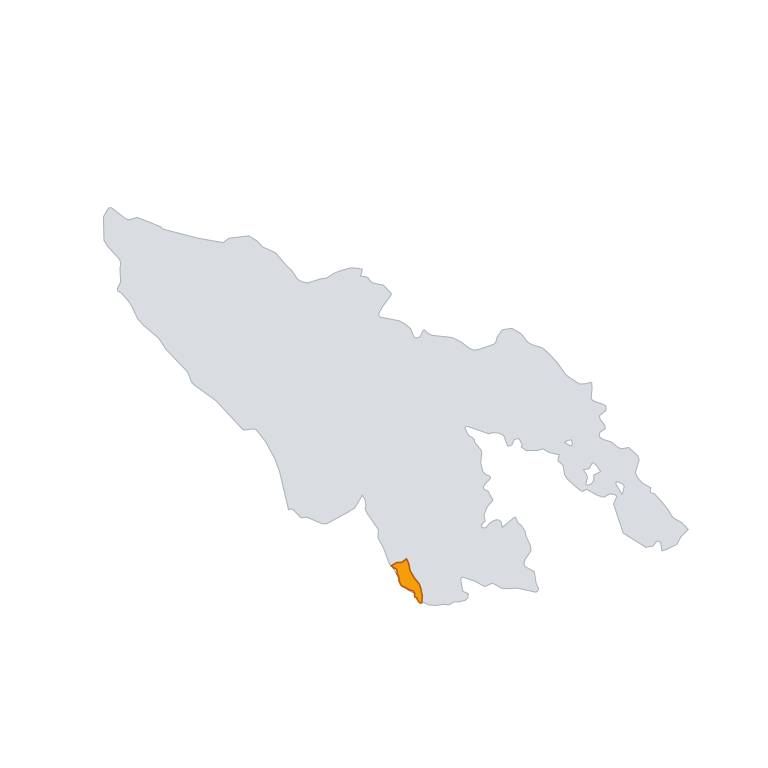 Manas, Talas, Kyrgyzstan shown in context, rotated 228°
{"feature_id": "92254566B74004899907305", "entity_name": "Manas", "entity_type": "district", "adm_level": 2, "iso_a3": "KGZ", "parent_name": "Kyrgyzstan", "parent_adm1": "Talas", "projection": "albers", "projection_center": [71.777, 42.691], "detail": "fine", "context": "in_parent", "style": "filled", "palette": "amber", "viewbox_px": 768, "rotation_deg": 228, "n_neighbors": 0, "source": "geoboundaries", "source_scale": "gbopen_adm2", "svg_char_len": 4627}
<svg xmlns="http://www.w3.org/2000/svg" viewBox="0 0 768 768"><g transform="rotate(228 384 384)"><path d="M171.0,460.1L173.0,458.9L179.0,457.7L191.3,456.6L195.5,457.5L203.9,462.6L210.3,462.0L211.5,462.7L214.0,467.0L222.9,460.7L229.3,458.9L232.6,452.6L239.5,445.1L245.5,443.8L245.6,445.0L246.7,446.1L252.8,447.8L254.6,445.8L255.5,443.1L253.4,438.8L253.3,437.0L255.2,434.3L264.9,438.3L267.0,438.2L271.4,435.9L275.4,431.8L276.8,428.6L296.3,417.9L297.7,416.0L297.4,414.7L289.1,412.4L285.4,413.8L282.0,413.8L279.9,412.4L269.9,411.9L267.7,410.8L261.0,403.4L252.8,398.8L248.8,399.1L244.1,401.0L242.6,400.2L242.2,393.1L241.2,388.9L238.4,387.9L234.8,389.6L224.8,387.3L223.6,378.4L219.8,370.6L214.5,367.5L214.3,362.8L212.5,360.8L210.9,361.3L208.9,363.7L209.9,368.9L209.1,374.1L207.9,376.7L205.6,378.6L203.0,378.7L198.4,376.0L197.7,391.8L196.8,392.7L191.4,390.5L187.0,391.4L180.5,390.4L175.7,387.7L166.2,384.7L161.7,381.8L159.1,371.2L156.5,367.4L154.1,366.6L144.0,370.1L133.7,363.5L128.6,362.0L127.3,360.0L127.6,357.6L143.4,346.2L149.7,338.2L153.6,334.8L163.5,331.3L165.8,323.9L166.6,323.1L176.6,319.6L187.8,313.2L188.0,311.4L186.9,309.8L177.0,303.8L171.9,306.5L168.9,303.0L168.9,299.5L172.3,293.4L175.2,290.4L176.4,284.6L180.4,280.7L184.6,274.6L189.7,269.5L199.0,265.8L204.1,267.0L209.0,266.2L216.5,263.1L221.1,262.8L240.5,267.5L246.9,267.7L262.0,273.7L273.8,276.6L279.6,282.4L298.6,284.8L303.8,286.4L305.7,289.2L311.2,292.7L315.8,293.5L311.5,279.4L312.9,271.0L318.4,248.0L321.5,244.5L336.6,237.6L340.0,232.8L351.0,232.5L353.2,231.6L354.4,228.9L389.0,247.9L402.1,253.0L420.2,257.4L435.3,258.5L437.9,257.2L443.5,249.0L446.3,248.6L483.8,248.0L510.4,242.3L514.2,242.3L524.5,246.1L556.2,245.2L568.8,247.2L588.4,244.6L596.8,244.5L612.2,248.9L617.5,249.7L627.4,249.7L631.0,248.5L633.3,249.6L636.0,256.5L646.1,264.7L649.9,269.2L653.6,270.9L671.3,270.7L678.1,272.0L696.0,287.4L699.1,297.1L697.6,299.3L680.4,302.4L676.6,304.2L673.1,312.0L650.6,323.1L647.1,323.3L617.2,343.0L596.6,359.1L596.2,366.0L584.6,382.7L575.2,385.3L567.0,385.5L553.9,391.2L536.6,390.7L530.8,391.4L519.4,389.9L514.9,391.4L510.3,394.8L504.3,407.8L501.8,410.9L500.7,413.8L500.0,420.0L497.8,426.5L492.7,436.7L488.1,441.5L483.7,444.6L479.9,438.8L474.2,443.2L468.6,442.7L465.3,444.1L457.9,449.7L446.5,450.0L445.2,448.3L442.3,434.1L440.0,427.4L438.3,425.9L436.3,425.9L420.5,437.8L413.1,440.1L406.9,440.7L398.6,437.6L396.9,438.5L395.6,440.4L395.1,442.7L397.7,449.0L397.1,450.3L393.4,450.3L388.3,452.0L373.1,465.7L363.3,469.5L354.1,471.1L348.7,473.6L345.7,478.6L340.0,492.4L340.3,495.3L342.9,498.9L345.0,507.1L344.6,509.2L339.8,516.2L333.5,518.4L328.6,519.5L319.0,518.8L314.2,520.3L305.2,525.7L297.8,526.8L283.8,527.1L270.0,525.3L265.5,526.0L253.3,529.2L249.2,534.0L247.0,538.5L245.8,539.1L240.9,535.1L234.6,528.1L231.6,528.2L220.6,534.0L219.0,533.8L215.9,531.6L216.3,522.7L212.7,520.9L205.3,520.4L202.7,518.4L203.6,512.7L202.7,510.5L200.8,508.9L196.9,509.3L189.1,514.0L180.0,515.6L176.8,517.2L173.2,523.3L161.0,524.5L157.1,523.1L149.9,511.4L143.6,509.6L137.2,509.9L128.4,512.8L126.4,510.2L124.1,509.5L122.0,511.5L111.4,511.6L100.5,511.1L94.3,509.6L90.3,509.5L82.2,512.5L72.4,512.8L71.7,502.0L68.9,494.6L72.2,482.7L74.0,478.9L81.2,483.6L83.8,482.9L84.5,480.6L83.6,475.2L87.3,469.4L113.1,462.0L141.2,474.3L144.8,481.9L147.3,481.6L151.3,478.2L152.6,471.8L158.1,468.2L170.3,464.1L171.0,460.1ZM185.4,486.7L185.9,485.6L183.8,480.0L186.8,474.8L181.0,473.9L178.1,472.4L174.8,467.0L173.8,466.8L172.0,468.2L171.1,471.7L171.9,475.4L176.0,479.0L173.9,486.4L182.4,487.4L185.4,486.7ZM155.7,491.6L155.5,490.0L153.5,489.2L142.9,487.0L143.2,488.5L147.3,494.1L150.4,494.5L155.7,491.6ZM219.1,482.4L219.7,479.0L213.3,481.0L212.6,482.7L214.7,484.9L217.5,485.7L219.1,482.4Z" fill="#d9dde1" stroke="#a8b0b8" stroke-width="1"/><path d="M244.1,267.7L243.3,267.8L242.2,268.3L241.7,268.2L241.2,268.0L240.8,268.0L239.6,269.1L238.6,269.2L238.2,269.4L236.4,268.8L234.6,266.9L233.5,266.5L232.6,266.6L230.6,265.7L228.8,264.6L228.5,264.3L228.0,263.5L227.3,263.2L226.1,263.0L223.8,262.0L222.1,262.3L221.8,262.1L221.2,262.2L221.0,262.3L220.6,262.5L220.1,263.0L219.7,263.2L218.7,263.5L218.0,264.0L216.2,264.6L215.4,264.7L214.9,265.0L213.2,265.3L212.6,265.9L211.1,267.0L210.5,267.2L210.1,267.2L209.0,266.7L208.0,266.7L207.3,266.4L206.6,265.3L205.3,264.4L204.9,264.5L204.6,264.7L204.4,264.8L204.2,264.9L204.1,265.0L203.8,265.1L203.6,265.2L203.4,265.0L203.3,264.9L203.2,264.9L203.0,265.0L201.0,264.5L199.1,264.1L197.5,264.1L196.0,265.5L200.8,270.6L207.5,274.6L211.9,276.4L219.5,276.8L227.7,278.4L234.4,282.4L239.0,283.7L239.6,277.8L242.9,273.8L244.1,267.7Z" fill="#f59e0b" stroke="#b45309" stroke-width="1.5"/></g></svg>